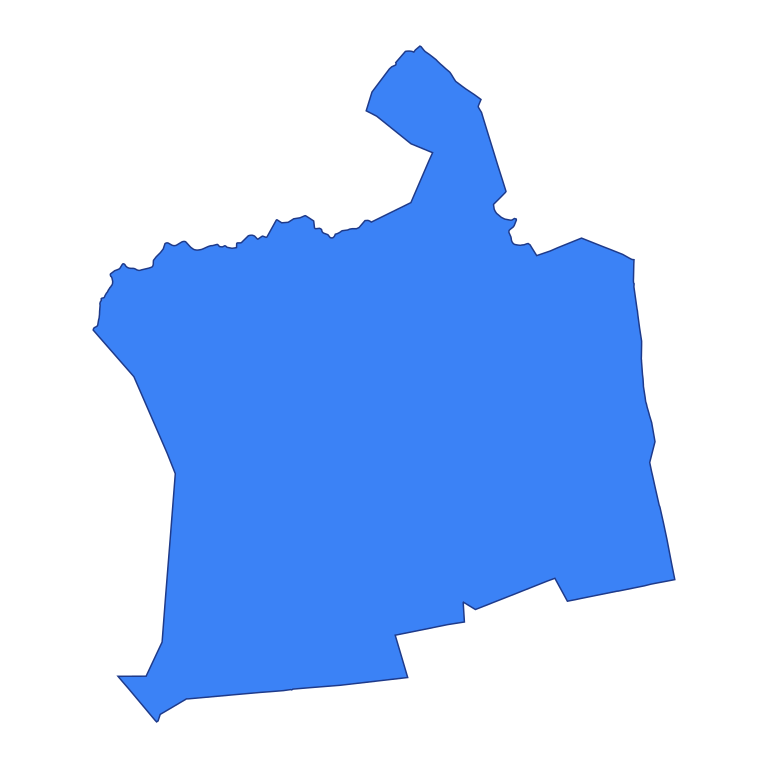 the district of Sannicolau Mare, Timis, Romania
{"feature_id": "2599482B9375831214332", "entity_name": "Sannicolau Mare", "entity_type": "district", "adm_level": 2, "iso_a3": "ROU", "parent_name": "Romania", "parent_adm1": "Timis", "projection": "robinson", "projection_center": [20.591, 46.058], "detail": "fine", "context": "isolated", "style": "filled", "palette": "blue", "viewbox_px": 768, "rotation_deg": 0, "n_neighbors": 0, "source": "geoboundaries", "source_scale": "gbopen_adm2", "svg_char_len": 4993}
<svg xmlns="http://www.w3.org/2000/svg" viewBox="0 0 768 768"><path d="M407.7,677.5L395.2,635.2L447.7,624.6L464.4,622.0L463.2,602.6L463.4,602.2L475.4,609.5L506.9,597.1L547.5,581.0L554.9,578.3L567.4,601.2L571.0,600.5L575.2,599.7L580.3,598.6L617.4,591.1L617.8,591.2L635.1,587.7L644.5,585.8L650.8,584.2L656.4,583.1L668.7,580.8L674.8,579.6L671.5,563.1L666.9,539.1L663.4,522.6L659.9,507.0L659.2,505.3L655.1,487.2L652.5,475.4L651.6,471.6L649.7,462.5L655.0,441.7L651.7,422.7L649.4,415.2L649.0,413.5L647.1,407.0L646.4,403.8L645.7,401.8L645.1,397.2L643.4,386.2L643.4,384.9L643.0,378.6L642.5,374.6L641.5,361.1L641.5,360.2L641.3,358.9L641.4,355.9L641.6,345.0L641.6,341.1L639.6,328.1L637.8,314.6L637.4,310.7L637.1,309.5L634.9,293.9L633.9,286.8L634.1,283.7L633.6,283.0L633.4,281.0L633.5,277.9L633.6,273.4L633.8,264.0L634.0,259.7L632.3,259.5L631.6,259.3L628.9,257.9L622.7,254.4L610.4,249.5L602.4,246.4L583.3,238.8L581.5,238.1L572.1,241.9L557.5,247.8L550.2,251.0L536.7,255.6L530.8,246.1L530.3,245.2L530.1,244.9L528.1,243.5L526.5,243.9L524.9,244.5L524.0,244.8L521.8,245.0L520.7,245.3L519.0,245.2L516.9,244.9L514.5,244.4L513.2,243.5L511.9,241.6L511.4,240.0L511.2,238.4L510.9,236.9L508.9,232.4L508.9,231.7L509.0,230.8L509.4,230.1L509.9,229.6L513.2,227.0L514.2,225.6L516.4,220.0L516.2,219.0L514.4,218.5L512.4,219.8L511.6,220.1L510.6,220.2L504.8,219.1L501.4,217.4L496.6,213.4L495.3,211.5L494.2,209.2L493.5,204.7L493.7,204.2L502.3,195.6L505.5,192.3L506.0,191.4L502.5,180.2L497.5,164.5L492.8,149.2L488.0,133.7L483.3,118.4L481.5,112.4L479.1,108.5L478.2,106.8L478.3,106.3L478.5,105.5L481.0,99.5L474.6,94.8L465.9,89.0L461.4,85.7L455.7,81.4L453.8,78.5L451.2,74.2L449.8,72.2L445.7,68.7L442.5,65.8L440.4,64.0L437.8,61.5L436.0,59.6L433.7,57.8L429.3,54.4L425.1,51.5L423.8,50.1L421.1,46.7L419.9,46.1L415.4,49.9L413.8,52.1L412.3,51.5L411.5,51.3L410.0,51.1L407.8,51.1L406.6,51.2L405.4,51.4L395.7,62.6L396.1,63.6L395.7,65.0L393.7,65.9L391.7,66.8L389.4,68.9L372.0,92.0L366.2,110.8L376.7,116.2L411.0,143.8L432.6,152.7L429.1,160.4L410.9,202.6L371.3,222.1L370.0,221.2L368.9,220.7L367.9,220.4L366.0,220.5L365.0,220.6L359.1,227.5L356.5,228.7L352.3,228.7L349.8,229.1L347.6,230.0L342.4,230.7L341.6,231.0L340.6,231.8L339.5,232.5L338.4,233.1L337.1,233.7L335.3,234.2L334.8,235.5L334.2,236.6L332.8,237.8L332.1,237.9L331.5,237.9L330.8,237.8L330.2,237.6L327.9,234.7L323.6,233.1L322.8,232.5L322.3,231.9L321.8,230.9L321.8,230.3L321.7,229.9L321.4,229.4L320.7,228.8L319.5,228.3L315.9,228.7L315.2,228.6L315.0,228.4L314.5,227.9L313.7,221.0L313.6,220.9L309.2,218.0L305.7,215.8L305.2,215.7L304.7,215.8L304.2,216.0L300.0,217.8L293.7,218.8L288.2,222.3L281.7,222.8L277.2,219.9L276.9,219.9L276.5,219.9L276.3,220.1L267.0,236.9L266.7,237.1L266.3,237.3L266.0,237.3L262.7,236.1L262.3,236.2L261.7,236.5L258.3,238.9L257.9,239.1L257.5,239.1L254.9,236.4L254.6,236.1L253.8,235.7L253.2,235.5L252.6,235.3L252.0,235.2L251.1,235.2L250.3,235.3L249.6,235.4L248.9,235.6L248.3,235.8L241.5,242.5L241.2,242.7L240.4,242.9L237.6,242.9L237.2,243.0L236.9,243.2L236.7,243.5L236.5,247.6L236.2,247.7L232.0,248.3L227.1,247.3L225.6,246.0L225.3,245.9L224.9,245.8L224.6,245.8L223.3,246.5L222.2,246.9L221.2,246.8L220.6,246.7L219.9,246.7L219.6,246.5L219.2,246.2L218.0,244.8L217.3,244.4L217.1,244.4L212.6,245.6L211.0,245.7L209.4,246.1L207.8,246.7L206.0,247.5L203.4,248.7L201.7,249.4L200.3,249.7L198.4,250.0L197.4,250.1L196.0,250.0L194.2,249.6L193.4,249.2L191.0,247.5L189.9,246.4L186.1,242.2L185.5,241.7L184.9,241.5L184.0,241.4L183.3,241.5L182.4,241.7L181.9,241.9L176.1,245.4L175.4,245.5L174.1,245.7L173.5,245.6L172.0,245.2L170.1,244.1L168.1,243.0L167.4,242.9L166.7,242.9L165.9,243.1L165.0,243.6L163.2,249.0L160.4,252.6L156.2,256.8L153.9,259.8L153.5,260.3L153.4,260.9L153.3,262.8L153.3,264.1L153.0,265.5L152.6,266.3L152.2,266.8L151.5,267.2L148.9,268.1L141.3,269.9L140.2,270.3L139.5,270.4L139.0,270.4L138.2,270.3L136.7,269.8L135.6,269.1L134.7,268.7L133.7,268.4L130.4,268.3L129.5,268.2L128.4,267.9L127.1,267.2L126.4,266.7L125.7,265.9L125.4,265.5L124.9,264.6L124.3,264.1L123.6,263.8L123.0,263.8L122.6,264.1L122.1,264.7L120.1,268.0L119.5,268.7L119.0,269.0L117.9,269.5L116.1,270.2L114.7,270.7L111.3,273.3L110.5,273.9L110.3,274.7L110.5,275.5L110.7,276.2L111.4,276.8L112.0,278.2L112.7,281.5L112.5,283.8L111.8,285.3L111.1,286.1L110.8,286.8L110.0,287.5L109.5,288.4L108.4,290.0L107.8,291.2L107.5,291.9L106.4,293.2L105.3,295.1L104.8,296.1L104.5,297.0L104.1,297.6L103.1,297.9L101.6,298.3L101.1,298.9L101.4,300.0L101.3,300.5L100.6,301.4L100.2,302.4L99.9,303.7L100.1,305.4L99.6,311.3L99.5,314.4L99.1,318.1L98.6,319.8L97.7,325.2L97.1,326.1L96.2,326.7L94.9,327.4L94.3,327.6L93.6,328.6L93.3,329.4L93.2,330.1L133.9,376.7L167.2,453.3L175.3,473.7L170.2,538.9L165.5,597.5L162.1,642.1L156.4,654.2L146.1,676.2L118.0,676.3L119.4,678.0L122.2,681.3L128.1,688.1L154.9,720.1L156.6,721.9L158.1,720.9L160.2,714.4L186.6,698.8L187.8,698.9L233.2,694.8L260.5,692.4L269.9,691.7L283.5,690.6L290.5,689.6L291.7,689.9L293.0,689.1L310.8,687.6L339.9,685.3L407.7,677.5Z" fill="#3b82f6" stroke="#1e3a8a" stroke-width="1.5"/></svg>